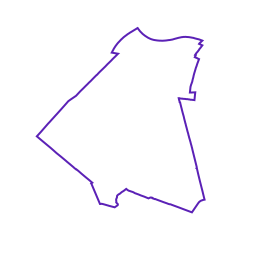 outline of Zoeterwoude, Zuid-Holland, Netherlands, rotated 348°
{"feature_id": "6326949B96348311169789", "entity_name": "Zoeterwoude", "entity_type": "district", "adm_level": 2, "iso_a3": "NLD", "parent_name": "Netherlands", "parent_adm1": "Zuid-Holland", "projection": "equal_earth", "projection_center": [4.519, 52.114], "detail": "fine", "context": "isolated", "style": "outline", "palette": "violet", "viewbox_px": 256, "rotation_deg": 348, "n_neighbors": 0, "source": "geoboundaries", "source_scale": "gbopen_adm2", "svg_char_len": 5485}
<svg xmlns="http://www.w3.org/2000/svg" viewBox="0 0 256 256"><g transform="rotate(348 128 128)"><path d="M218.9,58.0L218.5,57.7L217.8,57.3L215.9,56.1L215.5,55.9L213.8,55.1L213.2,54.8L212.2,54.3L210.6,53.4L209.8,53.1L208.1,52.4L207.6,52.2L206.8,51.9L205.9,51.6L204.8,51.3L203.5,50.9L203.0,50.8L201.5,50.5L200.7,50.4L200.1,50.4L199.5,50.3L198.6,50.3L198.3,50.3L198.0,50.3L197.3,50.3L196.1,50.3L194.3,50.4L192.3,50.5L191.1,50.6L189.9,50.7L189.7,50.7L186.8,50.6L186.2,50.5L183.3,50.3L181.1,50.0L179.8,49.8L179.4,49.7L178.6,49.5L177.9,49.3L177.3,49.2L175.6,48.7L174.4,48.3L172.8,47.7L172.0,47.4L170.9,46.9L170.4,46.6L169.6,46.2L169.1,45.9L168.1,45.2L166.8,44.2L166.3,43.8L165.1,42.6L164.4,41.9L163.8,41.3L162.7,40.0L161.8,38.9L161.0,37.6L160.4,36.7L159.8,35.7L159.3,34.6L158.7,33.4L158.3,32.4L158.2,32.2L157.8,32.3L157.7,32.4L151.4,34.6L149.6,35.2L148.7,35.6L147.6,36.0L146.8,36.3L146.1,36.7L144.7,37.3L143.7,37.8L143.2,38.0L142.1,38.6L141.5,39.0L140.8,39.4L140.0,39.9L139.9,39.9L138.9,40.6L137.9,41.3L136.9,42.0L136.4,42.3L135.1,43.3L133.6,44.6L132.9,45.2L131.5,46.6L131.2,46.9L130.6,47.5L130.0,48.3L129.0,49.4L128.4,50.2L127.8,50.9L130.5,52.0L133.5,53.2L133.3,53.3L133.5,53.4L131.2,54.9L130.3,55.5L129.1,56.2L128.5,56.6L127.9,57.0L127.7,57.1L127.4,57.3L126.8,57.7L126.0,58.3L124.6,59.2L123.8,59.7L121.9,60.9L121.2,61.3L120.4,61.9L119.9,62.2L118.8,63.0L117.5,63.8L116.1,64.7L115.3,65.2L113.2,66.5L112.1,67.2L111.3,67.7L110.9,68.0L109.7,68.8L109.5,69.0L109.4,69.1L109.1,69.3L108.8,69.5L108.6,69.6L108.4,69.6L107.0,70.5L105.3,71.6L103.5,72.8L102.6,73.4L101.9,73.9L100.8,74.6L99.1,75.6L98.1,76.3L97.2,76.9L96.7,77.2L95.6,77.9L94.2,78.8L93.0,79.6L89.2,82.0L87.6,83.1L83.9,85.7L80.5,87.1L77.8,88.2L76.2,88.9L75.1,89.4L73.0,91.0L67.3,95.2L64.7,97.1L61.0,99.8L60.4,100.2L55.0,104.1L52.4,106.0L50.9,107.0L42.0,113.7L37.1,117.2L38.8,119.4L40.5,121.6L45.3,127.7L47.6,130.6L48.3,131.5L50.4,134.3L52.8,137.6L53.7,138.7L56.7,142.4L59.3,145.7L60.0,146.6L60.4,147.1L61.2,148.2L64.5,152.4L66.6,155.1L67.2,156.0L68.7,157.8L68.9,157.7L69.3,158.2L69.9,158.9L71.3,160.7L72.4,162.2L73.0,163.0L75.1,165.7L75.2,165.8L75.3,166.0L75.5,166.2L75.6,166.3L75.7,166.5L76.3,167.2L76.9,168.0L77.4,168.6L78.6,170.1L79.7,171.5L80.3,172.3L81.7,174.1L80.5,174.6L80.6,174.8L84.8,196.5L85.2,196.6L85.8,196.6L86.1,196.6L86.3,196.6L86.5,196.7L87.0,196.9L87.3,197.0L89.8,198.3L92.2,199.6L92.5,199.7L92.9,200.0L98.5,202.8L101.6,201.5L101.7,201.4L101.8,201.3L102.0,201.2L102.2,200.6L102.2,200.4L102.1,200.1L101.7,199.5L101.5,199.2L101.2,198.7L101.0,198.3L101.0,198.2L101.2,197.8L101.3,197.4L101.4,197.1L101.4,196.9L101.4,196.5L101.4,196.4L101.4,195.9L101.5,195.7L101.7,195.2L101.9,194.9L102.0,194.6L102.6,193.9L102.7,193.7L102.8,193.5L102.8,193.3L102.9,193.1L103.0,192.7L103.2,192.3L103.3,192.0L103.4,191.9L103.5,191.8L104.7,191.1L105.2,190.9L105.5,190.8L105.8,190.8L106.5,190.5L106.7,190.4L108.3,189.5L108.6,189.4L109.0,189.2L109.7,189.0L110.2,188.8L110.8,188.6L111.1,188.4L111.6,188.2L113.6,187.2L114.0,187.7L114.6,188.5L114.9,188.8L115.3,189.1L115.6,189.4L115.9,189.6L117.0,190.2L117.6,190.6L119.4,191.6L120.0,192.1L120.3,192.3L120.5,192.5L120.8,192.8L121.1,193.1L121.6,193.4L121.7,193.5L122.0,193.7L122.5,193.9L122.7,194.1L123.2,194.4L124.5,195.2L126.5,196.6L129.6,198.5L131.5,199.8L133.4,201.1L135.1,200.7L135.3,200.8L135.7,200.7L135.9,200.7L136.9,201.1L137.4,201.4L137.3,201.8L139.4,203.1L139.5,203.1L139.8,203.1L141.0,203.9L146.4,207.3L147.0,207.7L150.6,209.9L151.8,210.7L153.0,211.3L153.4,211.4L153.8,211.5L154.6,212.1L155.4,212.6L161.9,216.7L165.3,218.9L173.0,223.8L181.3,215.9L181.6,215.7L181.9,215.4L182.1,215.3L182.5,215.0L183.0,214.8L183.2,214.7L183.7,214.5L183.9,214.4L184.3,214.3L184.7,214.2L185.0,214.2L185.6,214.1L185.9,214.1L186.1,214.0L186.4,214.0L188.0,214.0L187.9,211.9L187.7,204.8L187.6,202.7L187.3,195.0L187.1,188.4L187.0,181.5L186.8,181.4L187.0,181.2L187.1,180.6L186.5,162.5L186.5,162.3L186.5,160.8L186.4,159.8L186.4,158.8L186.3,157.4L186.2,155.9L186.2,154.7L186.1,153.8L186.1,153.7L186.0,152.0L185.9,150.9L185.8,149.4L185.8,149.1L185.8,148.3L185.7,147.8L185.7,146.9L185.7,146.0L185.5,143.7L185.4,141.1L185.3,139.0L185.2,137.6L185.2,137.0L185.2,135.8L185.1,135.5L185.1,134.8L184.9,130.3L184.9,128.5L184.8,126.9L184.7,125.5L184.6,123.6L184.5,121.1L184.5,120.2L184.4,118.7L184.4,118.1L184.3,115.3L184.3,114.2L184.3,113.9L184.1,113.8L184.0,113.7L183.9,113.6L184.0,113.3L183.8,111.1L183.8,109.4L184.3,109.5L184.6,109.6L185.0,109.9L185.2,110.0L185.3,110.0L185.8,110.2L187.1,110.6L187.3,110.6L187.6,110.8L190.1,111.5L190.7,111.8L191.2,111.9L192.3,112.2L193.0,112.5L193.5,112.7L193.9,112.8L194.4,113.0L194.9,113.3L196.1,113.6L196.6,113.8L197.0,113.9L197.8,114.2L198.6,114.4L198.8,114.5L198.9,114.2L200.3,109.8L200.9,108.0L201.2,107.1L196.9,106.4L195.9,106.2L196.6,104.1L197.5,101.3L197.6,101.1L197.7,100.7L198.3,99.6L198.7,98.8L199.7,97.3L199.9,96.8L200.4,96.2L200.9,95.0L201.6,93.5L202.1,92.6L202.5,91.8L203.0,90.6L203.4,89.8L203.8,89.0L204.0,88.6L204.6,87.5L205.0,86.8L205.8,85.3L206.0,85.0L206.2,84.6L206.6,83.8L207.0,83.1L207.4,82.5L207.5,82.3L207.7,82.1L208.3,81.0L208.7,80.3L209.0,79.8L209.6,78.8L210.2,77.9L210.5,77.4L210.7,77.1L211.8,75.4L211.0,74.8L210.8,74.7L210.5,74.4L210.3,74.2L209.4,73.5L209.0,73.3L208.1,72.6L208.3,72.4L208.8,71.7L209.0,71.4L209.4,70.9L208.8,70.5L209.5,69.8L210.6,68.8L210.9,68.6L211.3,68.3L212.1,67.7L213.7,66.3L213.9,66.1L214.5,65.4L215.4,64.8L216.3,64.0L217.9,62.6L216.8,61.8L215.0,60.5L215.3,60.2L215.7,59.9L218.9,58.0Z" fill="none" stroke="#5b21b6" stroke-width="2"/></g></svg>